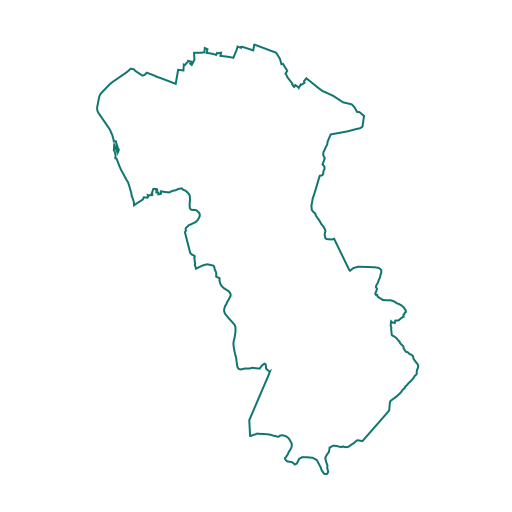 Acula, Veracruz, Mexico (Natural Earth projection), rotated 185°
{"feature_id": "50627088B79823252153906", "entity_name": "Acula", "entity_type": "district", "adm_level": 2, "iso_a3": "MEX", "parent_name": "Mexico", "parent_adm1": "Veracruz", "projection": "natural_earth1", "projection_center": [-95.798, 18.563], "detail": "fine", "context": "isolated", "style": "outline", "palette": "teal", "viewbox_px": 512, "rotation_deg": 185, "n_neighbors": 0, "source": "geoboundaries", "source_scale": "gbopen_adm2", "svg_char_len": 6013}
<svg xmlns="http://www.w3.org/2000/svg" viewBox="0 0 512 512"><g transform="rotate(185 256 256)"><path d="M328.9,273.5L321.7,253.1L319.6,251.6L317.2,250.8L316.9,249.9L317.4,248.8L316.7,246.7L316.5,244.7L316.1,243.9L315.9,242.9L316.2,241.8L315.0,239.2L314.7,238.1L308.4,241.9L305.7,242.9L303.7,243.5L297.7,242.7L297.2,242.4L296.7,241.7L296.2,239.9L295.7,238.6L295.0,237.3L294.4,236.5L293.9,234.0L293.9,232.0L290.3,230.6L290.3,229.1L290.0,227.5L289.1,225.2L288.1,223.7L286.8,222.4L285.0,221.0L280.4,218.7L279.1,217.5L278.1,216.1L277.8,214.2L279.1,210.9L280.9,207.2L281.1,206.5L281.1,205.9L282.3,203.7L283.0,200.8L283.0,198.7L282.6,197.3L281.5,195.4L277.7,191.6L271.7,186.0L270.9,184.8L270.3,183.3L269.9,179.7L269.9,177.4L270.1,173.9L270.9,168.2L270.7,165.4L269.5,160.3L267.7,154.8L267.2,153.9L266.7,151.9L265.9,148.0L264.8,143.8L264.2,142.9L263.5,142.1L261.5,141.6L258.7,142.4L257.3,143.0L254.8,143.1L252.3,143.4L250.1,144.3L242.9,144.1L242.3,144.4L242.1,145.0L240.1,148.0L238.1,149.5L237.1,148.9L236.5,147.3L236.2,144.8L234.9,143.7L232.3,141.9L232.1,142.1L232.7,139.6L248.4,91.9L246.2,76.3L245.3,76.3L243.6,77.3L241.9,77.9L239.3,79.2L237.9,79.1L230.1,79.4L226.5,79.3L222.4,78.4L221.0,78.4L218.8,77.8L217.6,78.0L216.9,78.8L215.1,79.6L214.1,79.7L212.4,79.5L210.3,79.0L207.8,77.4L207.1,76.7L204.1,72.4L203.8,70.0L204.1,68.1L205.1,65.6L205.8,64.6L206.2,63.5L206.6,62.9L206.8,61.9L207.5,60.3L208.1,59.4L208.5,58.3L209.1,57.8L209.4,57.3L209.4,56.4L208.5,55.3L206.8,54.0L202.8,53.9L201.3,53.3L199.1,51.7L197.5,52.6L197.1,53.1L195.4,57.6L192.6,59.6L186.6,60.0L182.0,59.9L177.6,58.0L173.1,51.0L171.9,48.2L169.3,45.2L168.7,44.8L166.8,45.0L166.2,45.2L165.7,45.9L165.3,47.5L166.6,51.1L166.6,53.6L167.9,56.4L169.0,59.4L169.4,61.2L167.7,65.0L166.8,66.1L166.3,67.3L166.0,70.1L166.0,71.5L163.5,73.2L162.0,73.9L159.1,73.7L154.9,73.1L153.6,73.3L152.9,73.9L151.9,73.7L151.5,73.4L149.9,73.4L148.0,73.7L147.0,74.2L144.2,76.7L142.1,78.1L140.5,80.0L139.5,81.0L138.4,81.3L133.8,80.9L109.9,113.6L109.8,122.2L109.3,123.4L103.0,129.0L99.8,132.7L98.5,135.1L97.3,136.6L96.4,137.4L95.9,139.0L94.4,140.5L93.2,142.3L89.8,146.3L88.5,148.2L87.3,150.6L86.2,151.6L85.6,152.6L85.8,154.8L85.6,157.0L85.0,158.2L84.8,160.7L85.5,162.2L89.9,166.9L90.9,169.9L92.1,170.9L94.7,171.9L96.4,173.3L98.4,173.7L99.7,175.4L100.8,176.5L101.0,177.7L101.5,179.0L104.8,181.6L105.6,183.3L106.6,184.0L108.8,186.3L111.1,187.8L113.6,188.8L114.0,189.8L115.0,195.0L114.9,196.4L115.8,198.4L115.7,202.7L114.2,201.6L111.9,201.4L111.6,203.8L108.4,204.2L106.2,206.6L105.3,207.1L104.5,208.1L103.7,208.3L103.9,210.5L103.2,211.0L102.7,212.6L101.8,213.4L102.1,214.8L104.2,217.5L107.0,219.6L110.0,220.8L111.8,221.2L113.1,222.1L115.1,223.0L118.6,223.7L120.1,223.4L124.6,223.2L125.9,223.2L128.0,224.5L129.3,224.9L130.3,225.7L131.3,226.1L131.9,227.8L133.3,227.8L133.9,229.0L132.8,232.5L132.7,234.1L133.9,235.5L133.6,237.2L132.4,239.7L131.8,241.8L131.6,242.8L130.7,245.2L130.3,248.1L129.8,250.1L129.9,251.9L130.1,253.1L131.0,253.8L132.8,254.8L136.3,255.1L143.6,254.8L153.3,254.2L157.9,252.5L161.1,249.5L162.4,251.0L179.7,280.0L180.8,279.4L181.9,279.1L185.9,279.0L187.2,279.1L188.1,279.5L188.7,280.2L188.9,281.6L189.4,282.8L189.5,283.8L189.0,287.0L189.6,288.7L190.7,290.0L191.3,291.1L193.6,293.4L196.2,297.2L197.3,298.3L200.0,301.6L200.6,303.5L201.6,304.0L202.5,304.7L203.9,306.1L204.5,306.9L204.8,309.1L205.2,310.5L204.5,318.2L202.6,326.3L199.7,340.8L199.4,341.5L198.3,341.7L196.9,342.4L196.2,343.7L196.2,344.9L196.3,345.8L195.9,347.4L195.3,348.8L195.5,350.5L195.9,351.5L197.7,353.0L196.0,359.4L196.4,359.7L196.6,360.4L197.1,361.1L197.9,362.7L197.9,365.4L197.1,367.0L196.0,370.6L194.8,373.2L194.6,376.3L192.2,383.6L175.4,388.2L170.3,390.1L165.7,391.7L163.7,392.2L161.2,394.1L160.6,404.9L165.5,408.4L167.8,408.3L171.0,412.9L173.8,415.4L182.7,416.7L193.1,422.3L202.1,425.5L203.9,426.0L208.0,428.5L221.3,437.4L223.4,434.3L222.8,432.7L226.1,430.3L226.5,430.6L228.0,427.2L228.3,427.7L231.8,429.7L232.4,428.2L232.5,428.0L232.8,427.7L234.9,430.1L234.7,430.5L235.0,431.1L240.3,436.8L241.5,439.1L242.5,440.3L241.0,443.2L245.8,449.7L247.4,449.3L249.3,454.4L252.3,458.5L253.8,460.3L276.1,466.5L276.1,467.2L276.7,460.6L285.3,462.6L288.4,463.2L289.1,463.0L289.2,462.1L292.6,463.0L292.9,461.2L293.5,458.8L295.9,451.5L301.0,452.0L308.9,452.3L308.6,455.5L309.5,455.3L311.8,454.5L312.6,454.8L313.3,452.8L314.4,453.2L319.4,453.9L322.8,454.0L322.4,457.8L325.1,458.7L325.2,454.4L328.4,453.7L335.4,453.0L335.4,452.8L334.5,446.5L334.6,445.8L336.7,440.7L338.4,441.9L337.6,444.0L340.7,444.5L340.7,443.8L343.5,440.0L344.6,440.4L344.5,434.5L349.8,434.7L351.0,420.5L367.1,425.1L370.8,425.9L371.5,426.4L380.7,429.1L382.9,426.6L384.8,425.8L392.1,429.7L394.2,431.4L397.1,431.7L400.8,427.8L414.5,416.5L416.8,414.2L424.3,404.9L425.5,402.9L426.1,400.6L427.2,390.2L427.0,388.2L426.5,386.5L425.3,384.6L412.8,369.5L409.7,363.9L407.9,359.0L407.6,357.6L405.6,358.0L404.1,354.0L403.7,353.2L404.6,353.1L405.1,352.8L402.6,351.0L402.1,350.3L402.0,349.2L402.9,346.6L404.3,350.0L404.6,350.1L405.5,351.2L406.6,353.3L407.2,355.8L406.9,353.7L406.8,348.8L406.0,348.1L404.7,344.0L404.6,341.0L403.7,341.0L403.1,340.3L399.8,333.4L397.7,329.7L391.2,319.9L389.8,318.1L387.5,312.6L386.7,310.2L385.7,308.0L385.1,305.1L383.3,301.4L382.2,298.4L382.0,295.9L373.7,302.4L372.9,304.7L368.4,304.6L368.6,304.7L369.1,307.1L368.9,307.0L367.5,307.0L367.4,307.2L364.6,307.7L364.9,309.8L365.2,309.7L364.1,313.9L361.3,314.0L361.3,313.5L360.3,313.6L360.1,312.9L360.3,312.5L360.8,312.1L360.8,310.6L358.7,310.7L358.7,308.9L356.4,309.4L356.2,309.6L356.2,312.2L353.2,311.9L348.3,311.7L347.8,311.9L344.7,313.7L341.7,314.5L339.3,316.0L335.9,316.9L334.0,315.4L332.2,315.1L329.7,313.3L328.4,312.1L327.3,310.4L326.9,308.5L326.6,305.7L326.7,304.9L326.6,300.8L326.2,298.7L325.8,297.6L325.0,296.7L324.0,296.4L320.0,296.5L318.4,295.8L316.2,293.8L315.6,292.4L315.6,290.6L316.0,289.4L317.0,287.1L318.2,285.4L319.6,284.2L322.2,282.8L322.9,282.3L322.9,282.2L325.5,280.9L328.4,277.6L328.5,276.8L328.0,275.2L328.9,273.5Z" fill="none" stroke="#0f766e" stroke-width="2"/></g></svg>